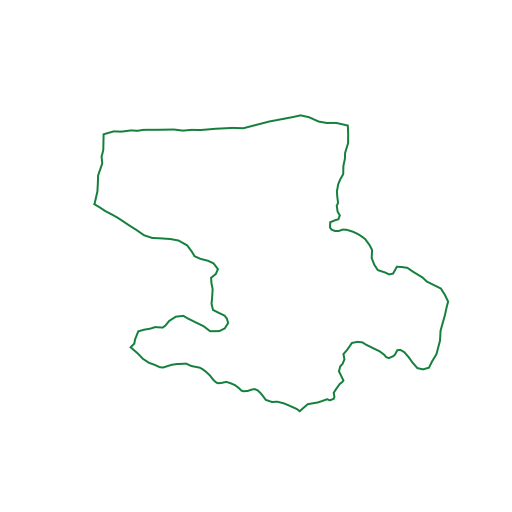 outline of Skellefteå, Västerbotten, Sweden, rotated 334°
{"feature_id": "70781695B28951573568604", "entity_name": "Skellefteå", "entity_type": "district", "adm_level": 2, "iso_a3": "SWE", "parent_name": "Sweden", "parent_adm1": "Västerbotten", "projection": "mercator", "projection_center": [20.47, 64.835], "detail": "fine", "context": "isolated", "style": "outline", "palette": "green", "viewbox_px": 512, "rotation_deg": 334, "n_neighbors": 0, "source": "geoboundaries", "source_scale": "gbopen_adm2", "svg_char_len": 2725}
<svg xmlns="http://www.w3.org/2000/svg" viewBox="0 0 512 512"><g transform="rotate(334 256 256)"><path d="M172.4,79.8L165.2,93.8L160.7,99.1L158.4,105.4L149.4,114.4L145.8,121.2L141.8,128.4L133.9,138.2L133.4,138.5L136.5,143.2L140.2,149.5L145.0,156.0L148.7,161.4L155.5,173.0L159.7,179.8L164.5,188.3L170.5,194.2L179.2,199.0L186.6,203.3L193.1,208.1L198.8,216.3L200.2,223.9L200.7,229.3L204.7,234.1L210.7,239.2L214.6,244.0L216.0,251.1L212.1,254.5L206.1,255.9L204.1,260.7L202.4,267.0L197.6,275.4L195.1,279.4L193.7,285.6L197.4,290.5L201.6,295.8L202.4,299.5L201.6,304.0L196.2,307.4L190.0,307.4L181.8,303.5L178.1,296.1L173.0,289.6L167.3,282.2L164.5,278.0L157.4,275.4L149.5,276.3L144.1,278.8L140.7,279.4L134.2,275.7L128.8,274.9L123.2,273.2L117.2,272.1L114.1,274.9L110.7,278.0L108.2,281.4L103.3,283.1L104.0,284.7L107.1,292.0L109.3,298.9L112.9,305.0L117.2,309.4L120.7,313.7L123.6,315.5L132.4,316.8L137.2,318.3L141.3,320.1L146.0,322.1L149.5,326.4L153.3,329.3L156.5,331.7L158.4,334.4L160.3,338.2L162.2,343.1L163.2,348.1L164.3,351.2L165.6,353.4L168.7,354.8L174.1,356.1L177.2,359.0L180.6,363.0L182.6,367.0L183.9,370.6L185.5,372.1L189.5,373.7L193.1,374.1L196.4,375.0L198.6,377.5L200.0,381.3L200.9,385.1L201.7,389.6L204.7,392.6L206.5,394.3L211.1,396.2L216.3,400.5L220.0,404.7L225.6,411.4L227.3,414.7L231.0,413.6L237.5,411.9L241.5,413.0L247.2,414.7L251.4,415.3L257.1,415.9L259.1,418.1L263.3,418.4L264.7,417.0L265.9,413.0L269.5,410.8L275.2,407.7L278.3,407.1L280.0,406.2L280.0,401.1L280.0,396.0L283.4,392.1L286.5,390.9L290.2,387.6L291.6,382.5L296.4,380.5L304.1,376.2L309.5,377.6L313.7,380.2L316.0,383.9L320.8,390.1L325.3,395.8L327.9,400.9L328.7,404.0L330.7,406.0L335.2,406.2L337.5,405.7L341.7,402.6L344.6,403.7L347.1,407.4L348.8,413.6L349.9,420.1L351.9,427.5L356.4,431.1L362.5,432.2L367.9,428.0L375.1,423.4L384.3,412.7L389.1,404.1L394.3,398.2L399.6,392.3L405.3,385.1L408.7,381.2L408.7,373.5L407.9,366.3L402.2,358.9L398.3,353.8L396.3,348.4L390.2,338.9L386.9,333.0L382.1,329.8L377.9,327.4L374.8,329.6L371.4,331.9L367.6,330.9L364.8,327.4L359.3,322.1L358.5,315.8L359.1,308.5L363.0,301.5L362.8,295.6L361.5,288.6L359.3,284.3L357.1,280.8L353.7,276.6L349.0,272.2L345.6,270.3L341.4,269.8L337.9,268.1L335.5,265.5L335.0,262.9L337.5,258.2L342.5,258.5L346.2,259.1L349.1,256.3L348.8,251.9L350.6,246.2L353.0,244.3L355.2,237.9L357.1,233.3L361.3,227.6L365.0,224.3L370.3,220.6L374.0,213.4L378.6,207.5L381.2,202.5L388.2,195.0L392.1,187.2L395.4,179.7L395.7,179.0L386.5,171.6L378.0,167.5L371.2,162.6L364.5,154.5L357.7,149.1L350.1,147.3L327.1,141.0L300.6,135.6L291.1,130.6L275.4,123.9L261.4,118.5L253.4,114.4L245.3,111.3L237.6,106.3L224.1,100.0L210.2,93.3L204.3,91.5L198.9,88.4L189.5,85.2L182.7,81.6L172.4,79.8Z" fill="none" stroke="#15803d" stroke-width="2"/></g></svg>